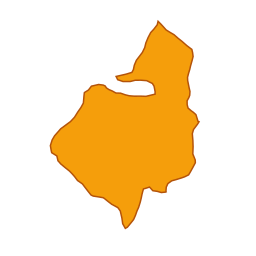 Shamkir District, Şəmkir, Azerbaijan (Mercator projection), rotated 347°
{"feature_id": "54616110B57585842497805", "entity_name": "Shamkir District", "entity_type": "district", "adm_level": 2, "iso_a3": "AZE", "parent_name": "Azerbaijan", "parent_adm1": "Şəmkir", "projection": "mercator", "projection_center": [46.075, 40.851], "detail": "fine", "context": "isolated", "style": "filled", "palette": "amber", "viewbox_px": 256, "rotation_deg": 347, "n_neighbors": 0, "source": "geoboundaries", "source_scale": "gbopen_adm2", "svg_char_len": 1838}
<svg xmlns="http://www.w3.org/2000/svg" viewBox="0 0 256 256"><g transform="rotate(347 128 128)"><path d="M181.3,30.8L179.7,34.0L175.3,37.6L171.6,40.1L168.0,44.3L164.5,49.2L162.4,53.4L159.0,57.6L151.4,63.9L148.3,68.2L146.4,72.3L144.3,74.7L138.2,75.1L133.4,75.1L128.0,75.1L128.3,76.3L128.8,78.6L133.6,81.6L140.5,83.2L145.8,83.1L151.2,84.3L156.9,86.1L161.8,90.1L162.8,93.2L162.6,98.6L162.0,101.1L152.7,101.2L147.1,99.7L141.3,98.4L136.5,96.9L132.9,95.1L128.6,92.4L124.1,91.2L121.0,88.4L118.1,86.3L116.0,84.1L115.2,81.9L113.5,80.6L109.2,79.0L101.8,79.0L98.0,82.1L93.7,83.6L93.4,83.8L92.4,86.6L91.4,89.7L90.1,93.7L86.7,97.5L82.8,101.0L78.3,105.5L73.4,108.8L62.3,113.6L54.7,119.1L51.4,122.6L48.4,127.7L48.1,132.7L48.1,134.9L52.4,139.2L52.4,144.2L53.2,145.6L54.4,147.9L58.2,152.9L61.3,156.8L63.4,160.3L65.0,163.3L67.0,167.8L71.0,172.2L72.6,175.8L74.7,180.4L76.9,185.0L78.8,186.5L83.8,188.5L88.3,190.4L93.1,196.4L95.1,198.8L100.2,203.3L101.8,207.1L101.8,210.1L101.8,214.4L101.3,220.1L102.8,225.2L105.1,224.5L109.8,220.9L112.9,218.4L115.6,214.8L118.2,210.7L120.5,207.7L123.3,202.9L125.3,198.9L126.6,196.0L128.3,192.7L129.4,190.8L130.9,190.8L135.7,190.4L138.1,194.7L142.2,196.3L146.0,198.4L150.3,198.9L150.7,198.8L150.6,198.6L152.0,194.2L154.4,191.1L158.7,189.3L163.3,189.1L168.7,188.7L172.2,188.3L176.5,187.3L179.0,184.7L182.5,180.8L185.8,177.0L186.3,174.3L185.6,169.7L185.3,167.9L187.2,160.9L188.4,154.8L189.4,148.0L191.5,144.2L196.5,140.0L198.6,137.9L197.7,137.2L197.2,130.3L195.2,127.4L193.5,125.5L191.0,122.1L190.9,118.6L191.7,114.8L194.1,112.1L195.5,110.0L196.6,106.3L196.6,102.4L196.8,95.2L197.4,92.0L199.5,88.0L201.3,84.9L202.9,81.6L205.6,76.7L207.5,73.0L207.9,69.1L207.9,65.8L203.8,60.9L200.3,56.0L196.8,51.6L193.8,47.4L190.4,44.2L187.2,41.0L185.3,37.5L183.5,34.3L181.3,30.8Z" fill="#f59e0b" stroke="#b45309" stroke-width="1.5"/></g></svg>